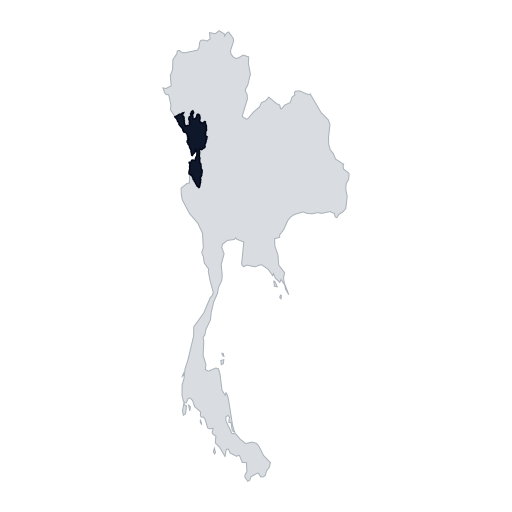 Tak highlighted on a map of Thailand
{"feature_id": "THA-404", "entity_name": "Tak", "entity_type": "Province", "adm_level": 1, "iso_a3": "THA", "parent_name": "Thailand", "parent_adm1": "", "projection": "equal_earth", "projection_center": [98.786, 16.488], "detail": "fine", "context": "in_parent", "style": "filled", "palette": "ink", "viewbox_px": 512, "rotation_deg": 0, "n_neighbors": 0, "source": "natural_earth", "source_scale": "10m", "svg_char_len": 9294}
<svg xmlns="http://www.w3.org/2000/svg" viewBox="0 0 512 512"><path d="M224.3,33.9L224.7,36.1L226.4,33.3L228.6,31.9L233.1,38.1L233.7,40.8L230.5,50.7L231.0,54.1L233.1,56.8L235.6,58.4L238.2,58.0L243.2,55.1L248.7,56.9L248.4,63.6L250.4,74.1L247.8,84.9L245.1,90.2L247.2,94.8L247.4,99.2L242.2,116.0L243.2,117.3L246.6,119.2L248.0,118.6L253.5,112.0L259.6,106.8L261.5,102.5L265.4,101.0L268.8,97.1L276.9,103.9L279.0,104.5L280.0,105.7L280.4,108.5L281.4,109.0L284.7,105.1L290.1,102.6L292.3,96.8L294.8,95.1L294.5,92.2L295.4,91.2L299.8,90.9L306.7,94.0L309.1,94.6L310.2,93.9L321.1,112.6L328.2,119.7L330.0,124.6L328.5,137.2L328.7,144.3L330.3,149.8L333.3,153.6L335.6,159.1L343.7,164.3L343.0,165.7L343.6,169.1L348.7,173.0L349.1,174.3L348.6,179.4L346.3,183.3L345.9,186.5L345.9,190.4L347.2,196.3L345.8,208.5L342.8,212.0L338.9,214.4L336.8,217.7L335.2,216.9L334.4,213.5L330.0,211.6L321.7,213.4L317.6,212.6L312.0,213.8L306.6,213.3L303.4,211.9L294.3,214.5L290.5,217.0L287.8,220.5L283.8,229.5L279.6,235.0L279.7,237.3L274.6,238.7L274.9,246.4L277.9,254.7L278.8,265.2L284.6,272.7L283.5,277.9L284.3,283.0L288.8,294.7L285.5,289.1L284.9,285.3L281.0,279.5L279.8,282.4L275.3,278.0L273.4,273.6L272.7,275.6L268.2,269.4L263.7,266.1L261.2,264.6L254.9,266.8L246.8,265.1L243.7,266.7L242.4,265.7L241.6,263.9L243.8,242.0L236.9,239.3L235.7,237.8L234.2,239.5L227.4,240.4L222.4,244.4L221.8,247.7L224.1,253.8L221.2,264.6L222.2,274.9L221.8,280.5L218.4,287.6L217.5,293.4L213.6,302.1L211.1,313.2L210.5,319.7L205.9,329.5L204.8,335.1L203.1,337.2L203.8,341.6L203.1,355.1L206.0,364.9L205.2,369.5L208.4,371.1L215.9,368.0L218.5,368.8L220.0,374.2L222.0,390.3L225.2,395.3L226.0,392.8L227.5,395.4L228.6,400.2L232.6,425.6L234.7,432.3L232.3,430.6L231.0,422.6L228.8,422.3L229.5,417.2L228.1,415.4L225.9,416.8L225.9,420.8L232.0,433.5L235.7,433.8L240.4,439.4L245.6,443.5L252.1,442.1L256.6,443.4L259.2,446.8L263.5,455.4L270.4,462.6L269.4,467.1L266.7,470.7L265.2,475.5L263.3,476.9L260.8,476.9L258.0,472.9L251.1,476.6L249.6,480.3L247.8,481.3L244.8,477.1L245.1,474.8L246.9,471.4L246.4,462.6L242.3,462.5L239.6,455.9L238.7,455.2L236.7,456.3L230.2,453.1L228.3,449.0L226.3,449.4L225.0,456.4L219.3,446.9L215.3,443.0L215.9,436.0L213.2,434.5L212.1,432.5L213.1,428.3L209.4,428.9L207.6,427.8L205.4,420.2L203.6,417.1L201.2,417.1L200.4,415.7L200.6,411.9L194.6,406.6L192.6,400.5L189.8,397.9L188.0,398.7L186.2,403.0L184.8,402.7L183.5,401.5L182.0,395.4L182.1,384.8L184.0,378.6L185.0,368.8L187.8,360.4L193.6,336.2L193.8,326.7L203.7,313.1L210.2,297.6L212.4,295.3L213.3,292.4L209.9,279.9L208.3,271.2L208.6,269.0L204.3,263.1L203.3,256.3L202.2,254.2L201.8,252.0L203.3,248.0L202.5,233.3L197.8,223.2L189.6,213.7L182.3,199.9L181.3,195.0L181.1,188.1L187.0,183.4L189.3,183.1L190.1,162.4L195.2,158.4L196.3,156.7L196.8,153.3L195.6,151.3L192.3,154.7L191.7,153.9L187.6,141.8L186.7,134.4L170.3,109.6L171.0,105.4L168.7,94.7L166.2,94.6L164.6,92.7L162.9,87.9L166.0,88.5L171.2,85.8L170.3,75.5L172.6,69.5L172.9,59.6L176.8,53.8L177.3,50.9L179.4,50.5L182.3,52.7L185.2,52.7L197.4,50.2L199.0,47.6L199.7,42.2L200.9,40.4L203.7,40.0L206.8,41.1L210.1,38.9L209.5,32.6L215.3,33.7L219.1,30.7L224.3,33.9ZM186.5,405.8L185.6,413.7L183.3,415.3L182.5,410.7L183.9,403.3L184.6,405.0L186.5,405.8ZM223.8,359.7L223.4,363.5L221.3,364.7L220.8,360.5L223.8,359.7ZM274.8,281.4L277.3,286.8L274.4,286.3L273.8,281.1L274.8,281.4ZM214.6,454.0L213.3,451.7L214.4,448.1L215.5,452.5L214.6,454.0ZM190.4,406.7L189.8,411.0L188.6,405.1L190.4,406.7ZM223.9,356.3L222.8,355.8L221.8,353.3L223.2,353.4L223.9,356.3ZM200.4,419.6L201.8,424.7L200.3,422.3L200.4,419.6ZM281.4,295.6L281.0,298.8L279.7,297.5L280.5,295.1L281.4,295.6ZM183.7,375.2L182.3,376.4L183.4,373.4L183.7,375.2Z" fill="#d9dde1" stroke="#a8b0b8" stroke-width="1"/><path d="M188.6,138.2L188.4,137.3L188.3,136.9L188.1,136.7L187.7,136.5L187.6,136.1L187.6,135.6L187.5,135.2L187.3,134.8L186.9,133.8L186.6,133.3L186.2,132.8L185.8,132.4L185.4,132.3L184.3,132.2L183.9,132.1L183.6,131.7L183.3,131.0L183.4,130.9L183.5,130.6L183.5,130.4L182.9,130.4L182.8,130.1L182.9,129.8L183.1,129.5L182.6,129.1L181.8,127.6L181.4,127.1L181.0,126.9L179.1,124.5L178.9,124.2L178.9,123.8L179.0,123.2L179.0,122.8L178.8,122.4L178.6,122.2L178.2,122.0L177.9,121.8L177.6,121.4L177.5,121.0L177.3,120.1L176.8,119.1L176.7,118.7L176.5,118.4L176.2,118.2L175.7,117.9L175.4,117.6L174.8,116.9L175.2,116.5L176.1,116.4L176.4,116.3L176.4,116.2L176.8,115.9L179.2,114.4L179.5,114.2L180.6,114.1L181.2,114.2L181.3,114.2L181.7,113.6L181.9,113.4L182.3,113.0L182.5,113.0L183.7,112.7L183.5,113.2L182.9,113.8L182.7,114.1L182.6,114.5L182.7,115.7L182.7,116.1L182.7,116.3L182.8,116.3L183.0,116.4L183.3,116.3L183.6,116.4L183.7,116.5L184.1,117.9L184.1,118.3L184.1,119.0L183.9,120.1L184.0,120.4L184.3,120.6L184.4,120.9L184.4,121.0L184.0,121.4L183.9,121.6L183.9,121.8L184.2,122.1L184.3,122.3L184.5,123.3L184.5,123.8L184.4,124.2L184.4,124.5L184.5,124.6L184.6,124.8L185.1,125.1L185.4,125.4L185.7,125.7L186.0,126.0L186.5,126.1L187.3,125.5L187.5,125.5L187.9,125.5L188.2,125.5L188.8,125.3L189.5,125.0L189.6,124.8L189.7,124.2L189.7,123.7L189.7,123.3L189.6,123.1L189.4,123.0L189.2,122.9L189.2,122.7L189.4,122.1L189.5,121.7L189.6,121.3L189.6,120.9L189.5,120.6L189.4,120.4L189.0,120.0L188.9,119.7L188.8,119.0L188.9,118.1L189.1,117.3L189.2,117.0L189.3,116.9L189.5,116.8L189.8,116.6L190.4,116.5L190.5,116.4L190.9,115.7L190.9,115.4L190.9,115.2L190.7,114.6L190.6,114.2L190.5,113.9L190.6,113.6L190.7,113.4L191.1,113.0L191.4,112.7L191.5,112.4L191.4,112.1L191.5,111.7L191.8,111.4L192.3,111.2L192.8,110.8L193.5,112.2L193.6,112.6L193.6,113.0L193.4,113.3L193.0,113.5L192.7,113.6L192.6,114.0L192.6,114.4L192.7,114.7L192.6,115.3L192.6,115.7L192.8,116.2L192.9,116.6L192.9,118.5L193.1,119.0L193.6,119.1L194.2,119.0L195.1,118.6L195.3,118.6L195.4,118.4L196.3,117.5L196.4,117.3L196.5,116.6L196.8,116.2L196.8,115.5L196.9,115.1L197.1,114.6L197.4,114.3L197.7,114.2L198.5,114.3L198.8,114.5L199.6,115.2L199.5,115.7L199.6,115.9L199.7,116.2L199.9,116.6L199.9,117.1L200.1,118.2L200.0,118.6L199.9,118.9L199.7,120.0L199.6,120.9L199.6,121.2L199.7,121.3L199.9,121.5L200.0,121.6L200.2,122.1L200.8,122.5L201.3,122.5L201.5,122.7L201.6,122.8L201.8,122.9L202.2,122.9L202.5,123.0L203.1,123.5L203.4,123.2L203.8,122.7L203.9,122.3L204.0,122.1L204.2,121.7L204.3,121.6L204.5,121.5L205.0,121.6L205.4,121.8L205.4,122.1L205.4,122.4L205.4,122.9L205.4,123.2L205.5,123.4L205.6,123.9L206.4,125.8L206.4,129.1L206.4,129.5L206.6,129.9L206.6,130.0L206.5,130.4L206.0,130.9L205.6,131.9L205.6,132.0L205.6,132.4L205.7,133.2L205.6,134.0L205.4,134.8L205.4,135.1L205.6,135.8L206.1,136.0L206.5,136.4L206.8,136.9L206.9,137.0L207.1,137.0L206.8,137.8L206.7,138.2L206.7,138.9L206.7,139.3L206.5,139.7L206.4,139.8L206.1,140.0L206.0,140.4L206.0,140.8L206.1,141.4L206.1,141.6L206.0,142.0L205.7,142.6L205.4,143.5L205.2,143.8L204.9,144.1L204.9,144.6L204.9,145.1L204.9,145.5L205.0,146.0L205.1,146.5L205.0,146.9L204.8,147.4L204.7,147.5L204.5,147.8L204.2,147.9L203.5,147.9L203.4,148.0L203.2,148.1L203.1,148.5L202.6,148.9L202.4,149.1L201.9,149.5L201.6,149.6L201.2,149.7L200.8,149.5L200.5,149.4L199.9,149.5L199.4,149.4L199.2,149.6L199.0,150.0L199.1,150.5L199.2,151.2L199.3,151.3L199.5,151.6L199.6,151.9L199.6,152.7L199.5,153.7L199.5,154.1L199.3,155.4L199.3,155.8L199.4,156.9L199.4,157.3L199.6,157.6L199.8,157.8L199.9,158.0L199.9,158.8L199.8,159.1L199.7,159.3L199.6,159.7L199.6,160.1L199.9,163.0L200.0,163.2L200.1,163.4L200.4,163.6L200.6,163.6L200.8,163.8L200.9,164.0L200.9,164.4L200.8,165.3L201.0,165.9L201.1,166.2L201.1,166.3L201.0,166.9L201.1,167.9L201.2,168.8L201.3,169.0L201.6,169.5L201.9,169.7L202.0,169.9L202.1,170.2L202.1,171.7L202.1,172.3L202.1,172.5L201.9,173.0L201.8,173.5L201.7,173.9L201.7,175.0L201.7,175.3L201.5,175.6L201.3,176.0L201.0,176.7L201.0,176.9L200.9,177.0L200.6,177.2L200.4,177.4L200.3,177.6L200.3,178.7L200.4,178.9L200.7,179.1L200.8,179.3L200.8,179.6L200.6,180.1L200.6,180.4L200.5,181.7L200.6,182.1L200.6,182.3L200.3,183.0L200.2,183.2L200.2,183.5L199.9,184.9L199.8,185.4L199.8,185.7L199.7,186.2L199.5,186.7L199.3,187.2L198.9,187.6L197.9,186.6L197.6,186.3L197.1,186.0L196.9,185.9L196.7,185.2L196.5,184.8L195.6,183.3L194.9,181.8L194.7,181.5L194.3,181.2L194.1,180.4L194.1,180.2L193.1,179.3L193.1,179.1L193.3,178.9L193.2,178.6L191.7,175.5L191.6,175.3L191.2,175.3L191.0,175.0L190.8,174.9L190.6,174.9L190.0,174.3L189.0,173.8L189.0,172.6L189.0,171.9L189.7,168.9L189.8,168.3L189.6,167.1L189.6,166.3L189.9,165.2L189.9,164.6L189.8,164.0L189.2,162.9L189.1,162.5L189.3,162.2L189.6,162.3L190.1,162.5L190.6,162.5L190.7,162.4L191.0,162.1L191.3,161.5L191.4,160.9L191.6,160.4L192.1,160.1L192.5,160.1L193.9,160.3L194.2,160.5L194.3,160.7L194.4,160.8L194.8,160.8L195.0,160.6L195.5,159.8L195.6,159.5L195.6,158.8L195.6,158.2L195.8,157.6L196.1,157.0L196.7,156.1L196.8,155.6L196.9,154.2L197.1,152.9L197.1,152.4L196.7,151.6L196.2,151.2L195.8,150.6L195.7,149.6L195.2,150.1L195.1,150.6L194.9,151.9L194.6,152.6L193.2,154.0L192.5,155.3L192.2,155.6L191.7,155.2L191.6,154.8L191.3,152.6L191.0,151.7L191.0,151.4L191.2,150.8L191.2,150.4L191.0,149.9L189.7,147.5L189.5,147.2L189.5,146.9L189.6,146.6L189.6,146.3L189.5,146.0L189.5,145.7L189.1,145.1L188.3,144.4L188.0,143.9L187.9,143.0L187.8,142.7L187.1,142.0L187.1,141.5L187.2,140.9L187.5,140.4L187.8,140.3L188.2,140.0L188.5,139.6L188.5,139.3L188.4,139.0L187.9,138.8L187.8,138.4L187.9,138.0L188.1,137.8L188.3,137.9L188.6,138.2Z" fill="#0f172a" stroke="#020617" stroke-width="1.5"/></svg>